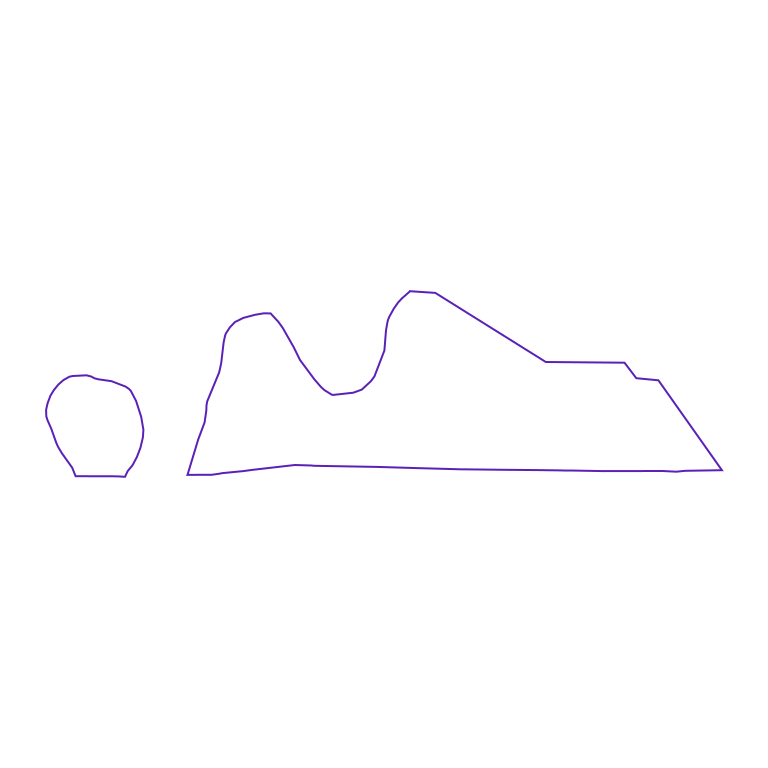 the district of Fulton, Kentucky, United States of America
{"feature_id": "52423323B1107760452078", "entity_name": "Fulton", "entity_type": "district", "adm_level": 2, "iso_a3": "USA", "parent_name": "United States of America", "parent_adm1": "Kentucky", "projection": "equal_earth", "projection_center": [-89.312, 36.574], "detail": "fine", "context": "isolated", "style": "outline", "palette": "violet", "viewbox_px": 768, "rotation_deg": 0, "n_neighbors": 0, "source": "geoboundaries", "source_scale": "gbopen_adm2", "svg_char_len": 1416}
<svg xmlns="http://www.w3.org/2000/svg" viewBox="0 0 768 768"><path d="M721.9,470.2L658.4,380.3L636.3,378.2L624.5,362.7L545.8,362.0L435.3,292.9L410.0,291.2L410.0,291.3L402.1,298.2L398.0,302.6L393.7,308.8L389.0,317.3L387.6,321.3L386.0,330.4L384.4,350.5L374.4,376.5L370.8,381.3L361.8,389.6L353.3,392.7L333.4,394.9L331.8,394.7L324.4,390.1L321.1,387.1L314.5,379.5L300.0,360.0L293.8,347.4L282.8,328.0L278.5,322.0L270.6,313.4L269.8,313.4L263.9,313.3L255.0,314.8L243.3,317.9L235.0,322.0L230.0,327.2L225.9,333.4L225.1,335.6L223.6,342.6L221.2,363.2L219.2,372.3L207.2,401.4L206.5,405.3L206.3,410.7L204.6,422.4L198.2,439.5L187.5,474.9L199.8,474.8L211.6,474.8L220.1,473.6L221.7,473.2L243.2,471.1L252.9,469.8L294.9,465.0L311.4,465.5L314.3,465.8L376.4,466.9L420.4,468.2L420.6,468.2L460.5,469.3L462.6,469.3L487.7,469.6L504.2,469.8L516.4,469.9L538.6,470.1L560.7,470.4L560.8,470.4L564.1,470.5L570.3,470.5L603.0,471.1L662.6,471.0L676.3,471.7L685.3,470.8L721.9,470.2ZM125.0,476.8L127.7,471.1L132.6,465.1L136.9,457.0L140.4,447.9L142.9,437.4L143.4,429.8L141.2,416.9L136.1,401.0L130.9,391.0L129.2,389.1L125.6,386.6L111.6,381.2L98.4,379.3L94.5,378.3L91.2,376.5L86.4,375.3L72.8,376.0L69.4,376.7L63.4,380.1L58.4,384.5L53.7,390.3L50.4,395.8L47.6,403.2L46.1,409.9L46.3,416.3L47.4,419.9L51.3,428.8L56.3,442.9L58.1,446.9L61.8,453.1L72.2,467.7L75.6,476.2L113.4,476.3L118.5,476.4L125.0,476.8Z" fill="none" stroke="#5b21b6" stroke-width="2"/></svg>